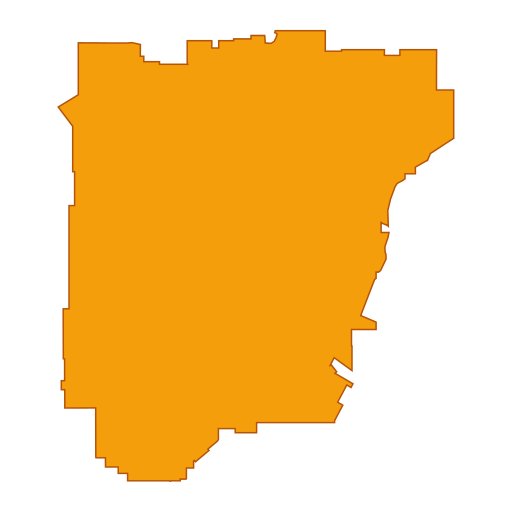 Trayning, Western Australia, Australia (Natural Earth projection)
{"feature_id": "25037944B98291984831496", "entity_name": "Trayning", "entity_type": "district", "adm_level": 2, "iso_a3": "AUS", "parent_name": "Australia", "parent_adm1": "Western Australia", "projection": "natural_earth1", "projection_center": [117.834, -31.167], "detail": "fine", "context": "isolated", "style": "filled", "palette": "amber", "viewbox_px": 512, "rotation_deg": 0, "n_neighbors": 0, "source": "geoboundaries", "source_scale": "gbopen_adm2", "svg_char_len": 2864}
<svg xmlns="http://www.w3.org/2000/svg" viewBox="0 0 512 512"><path d="M334.6,422.6L334.6,420.7L338.7,412.9L342.8,405.2L337.7,402.2L338.9,399.8L346.8,385.0L351.0,387.5L353.0,383.8L335.0,373.3L336.7,371.8L331.5,365.1L330.1,365.5L334.2,357.7L344.8,365.4L352.0,370.6L352.0,346.0L351.5,346.0L351.5,345.8L351.5,329.5L366.9,329.5L376.1,329.5L376.1,322.3L376.1,322.1L375.6,321.9L368.1,318.7L360.7,315.6L361.8,312.7L369.6,292.4L374.7,279.3L376.1,278.4L376.1,272.1L378.6,272.1L380.6,270.5L386.1,259.0L386.0,255.4L385.9,254.8L385.9,254.2L385.7,253.5L385.3,252.7L385.1,252.0L384.9,247.4L385.0,246.3L386.0,243.4L387.9,237.8L388.5,234.9L389.0,232.5L381.1,232.5L381.1,223.3L381.1,221.6L381.1,221.8L381.4,222.4L381.7,222.9L382.1,223.3L382.7,223.5L385.2,224.5L386.1,224.8L386.9,225.3L387.1,225.1L387.8,225.7L388.3,226.2L387.8,210.3L390.6,198.8L395.1,186.6L397.2,183.4L402.9,180.3L405.0,178.8L405.0,173.8L405.4,173.8L415.4,173.8L415.4,167.1L427.3,160.3L427.5,160.4L430.4,153.5L433.8,151.3L437.1,149.1L443.8,144.7L453.8,138.2L453.7,138.0L453.7,90.0L436.5,90.0L436.5,69.5L436.6,49.7L420.9,49.7L410.3,49.7L399.9,49.7L399.9,55.4L389.9,55.4L384.4,55.4L384.4,49.7L351.9,49.7L341.5,49.7L341.5,51.2L325.3,51.2L325.3,30.7L319.4,30.7L319.2,30.7L311.1,30.7L298.9,30.7L288.1,30.7L275.3,30.7L275.3,30.9L275.3,31.0L274.7,32.6L274.8,32.6L276.3,33.3L277.0,33.9L277.1,34.1L277.0,34.5L276.0,37.8L274.9,39.9L274.4,41.2L271.2,43.3L268.2,43.3L268.2,43.1L265.3,43.1L264.7,35.5L251.0,35.5L251.0,38.9L233.6,38.9L233.6,40.7L218.7,40.7L218.7,48.0L211.8,48.0L211.8,40.7L199.5,40.7L187.2,40.7L187.2,62.6L187.7,64.3L187.0,64.3L172.3,64.3L159.5,64.3L159.5,61.7L159.3,61.7L150.8,61.7L143.8,61.7L143.8,56.3L140.3,56.2L140.4,44.5L131.9,42.6L127.5,43.0L127.3,43.0L108.7,43.0L97.3,42.9L89.7,42.9L78.3,42.8L78.3,69.7L78.3,74.0L78.3,94.8L76.9,95.6L64.5,103.2L58.2,107.0L70.7,123.6L72.7,126.3L72.7,138.9L72.7,146.1L72.7,146.3L72.7,171.7L74.6,171.7L74.6,171.9L74.6,205.6L69.0,205.6L69.0,247.9L69.0,275.0L69.0,275.5L69.0,308.8L63.2,308.8L63.2,319.4L63.3,352.3L63.3,352.5L63.3,358.8L64.6,358.8L64.6,380.7L61.3,380.7L61.3,389.7L64.7,389.7L64.8,401.0L64.8,408.0L79.0,408.0L95.7,407.9L95.7,416.0L95.8,457.1L95.9,457.7L96.5,457.8L105.4,457.8L105.5,467.0L106.1,467.0L114.2,467.0L114.4,467.0L118.2,467.0L118.2,473.4L127.6,473.4L127.6,480.8L132.1,480.8L140.3,480.8L148.5,480.8L149.7,480.8L156.1,480.8L169.5,480.8L169.6,481.0L170.5,481.3L171.4,480.8L180.3,480.8L180.3,480.1L180.3,479.7L180.2,479.8L180.2,479.1L185.2,479.1L186.0,479.1L186.3,478.9L186.4,478.6L186.4,475.3L186.4,468.0L186.7,468.0L186.9,468.0L193.6,468.0L193.6,461.0L194.4,460.4L195.5,461.8L207.7,451.5L209.0,450.5L207.9,449.1L217.4,441.1L218.4,439.5L218.4,436.2L218.4,428.6L235.2,428.6L235.2,432.7L246.7,432.7L256.1,432.7L256.6,432.7L256.6,429.8L256.6,422.6L284.5,422.6L308.7,422.6L326.3,422.6L334.6,422.6Z" fill="#f59e0b" stroke="#b45309" stroke-width="1.5"/></svg>